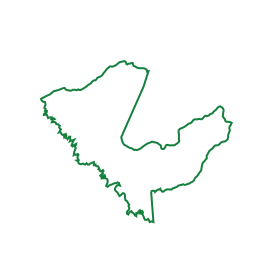 Juvenília, Minas Gerais, Brazil, rotated 215°
{"feature_id": "56859067B33554639840429", "entity_name": "Juvenília", "entity_type": "district", "adm_level": 2, "iso_a3": "BRA", "parent_name": "Brazil", "parent_adm1": "Minas Gerais", "projection": "equal_earth", "projection_center": [-44.1, -14.399], "detail": "fine", "context": "isolated", "style": "outline", "palette": "green", "viewbox_px": 256, "rotation_deg": 215, "n_neighbors": 0, "source": "geoboundaries", "source_scale": "gbopen_adm2", "svg_char_len": 5215}
<svg xmlns="http://www.w3.org/2000/svg" viewBox="0 0 256 256"><g transform="rotate(215 128 128)"><path d="M132.8,78.5L131.7,78.7L130.8,79.5L129.0,78.7L128.6,77.3L127.4,77.8L126.7,76.8L125.6,76.7L124.7,77.8L124.4,79.1L123.4,78.7L123.7,77.0L122.5,76.4L123.1,74.6L123.4,73.0L122.2,72.8L121.0,72.1L121.1,74.4L120.1,76.0L119.0,75.2L119.7,72.4L117.6,74.0L115.9,74.2L114.4,73.2L113.4,71.5L112.7,68.0L111.0,68.1L110.2,70.8L108.9,72.4L107.3,75.1L105.9,76.1L105.3,77.5L104.0,77.8L101.6,76.2L103.3,75.8L103.9,74.8L104.3,72.6L103.7,70.4L102.5,69.5L99.6,69.1L97.5,68.1L96.0,67.4L95.4,68.9L94.9,71.6L93.3,72.2L91.9,71.2L90.9,69.5L88.6,67.4L86.6,67.5L84.3,66.2L83.1,66.0L82.8,64.4L80.9,63.0L80.4,61.4L80.8,59.6L80.5,58.3L79.8,57.3L78.2,57.3L78.4,60.2L77.5,61.8L76.6,61.1L75.6,61.4L73.7,61.2L72.3,60.4L70.6,60.5L71.5,61.8L72.3,63.1L71.0,63.6L71.6,65.4L71.1,67.5L70.3,67.0L70.1,65.6L69.0,64.8L67.9,65.4L69.3,66.7L68.8,68.2L67.4,67.5L66.7,65.6L64.1,64.2L62.8,63.2L61.4,62.6L59.9,63.6L59.4,65.0L57.9,64.4L56.2,63.4L55.0,65.1L53.2,65.5L72.1,88.6L72.5,89.9L71.2,91.2L70.2,91.8L69.1,91.1L68.7,93.1L68.2,94.5L67.2,95.6L66.7,96.7L66.0,95.8L64.7,95.9L63.4,95.5L62.5,96.1L62.2,97.5L61.5,99.0L60.7,100.2L59.3,101.1L57.9,102.0L56.9,102.7L56.9,104.1L55.7,105.2L54.9,107.0L54.1,107.9L53.7,109.8L52.4,111.2L51.4,112.2L50.7,113.5L49.1,113.8L48.2,114.5L47.5,115.6L46.7,116.8L45.9,117.6L45.5,119.0L44.8,120.1L44.1,121.8L43.9,123.4L44.4,124.9L44.2,126.7L43.8,128.1L43.8,129.7L43.8,131.2L43.9,132.6L43.7,133.8L43.7,135.2L44.4,136.6L45.3,138.4L46.2,140.5L46.8,142.1L46.5,143.7L46.3,145.3L46.3,146.8L46.0,148.2L46.8,149.2L47.7,150.5L47.8,152.5L48.0,153.7L48.1,155.1L48.1,156.6L47.7,158.0L47.0,159.4L47.1,161.0L46.8,162.5L46.5,163.8L45.2,164.8L44.1,165.9L43.7,168.0L43.4,169.7L42.5,170.9L41.8,171.8L40.8,172.6L40.4,174.0L40.0,175.1L40.0,176.4L40.6,177.8L41.2,178.6L41.9,179.8L42.5,181.4L42.8,183.1L43.1,184.3L44.0,185.1L45.0,186.1L45.6,187.3L45.6,189.5L46.0,191.7L47.5,191.5L48.5,191.0L49.8,190.4L51.1,189.5L52.2,189.6L53.1,190.2L54.3,191.1L55.8,191.3L57.1,191.9L57.8,193.4L58.6,194.8L59.2,196.1L59.8,197.3L61.1,198.4L62.4,198.7L63.4,198.7L64.8,198.7L66.0,197.2L66.3,195.0L66.4,193.0L66.9,191.9L67.2,190.7L67.2,188.6L68.1,187.3L68.7,186.4L69.0,184.5L70.1,183.1L71.3,182.8L72.1,181.3L72.2,179.4L72.5,177.8L73.4,176.9L74.6,176.5L75.5,175.6L76.4,174.6L78.0,173.7L78.9,172.4L79.1,171.2L79.1,169.3L79.6,167.7L80.8,166.3L81.4,164.5L81.9,162.8L82.5,161.2L83.3,159.7L84.2,158.3L85.1,157.0L85.1,155.0L84.0,153.3L82.5,152.0L81.6,150.6L80.7,149.1L79.7,148.0L78.5,146.6L78.4,144.9L78.9,143.7L79.4,142.2L80.0,140.5L80.8,139.9L81.8,139.3L82.7,138.5L83.7,137.9L84.9,137.2L85.9,136.8L86.8,136.2L86.8,134.7L86.5,133.3L86.7,131.3L88.0,130.4L89.1,130.5L90.0,131.4L90.9,132.3L92.0,132.6L93.1,132.4L94.2,132.5L95.2,132.7L96.1,132.3L97.4,131.8L99.0,131.1L100.5,130.6L101.4,129.1L102.2,127.7L103.1,126.6L103.8,124.9L104.5,123.1L105.1,121.4L105.5,119.7L106.0,118.3L106.5,117.3L107.4,115.8L108.4,114.9L109.5,114.4L110.2,113.6L111.2,113.5L112.5,113.6L113.9,113.2L115.4,112.7L116.7,112.5L118.8,112.4L120.3,112.3L121.7,112.1L123.0,112.7L123.9,113.0L124.8,113.7L125.9,114.4L126.7,115.3L127.8,116.0L128.5,117.4L128.6,119.0L129.0,120.2L139.0,170.9L143.8,186.2L144.6,185.1L145.6,186.1L146.9,186.6L148.4,186.3L149.8,185.8L150.7,185.0L151.6,184.5L152.4,183.9L153.5,183.2L155.0,182.6L156.0,182.6L157.1,182.5L158.1,182.4L159.0,182.1L160.2,182.8L161.4,183.9L162.4,183.5L163.1,182.1L164.4,181.0L165.1,179.6L166.1,179.5L167.0,180.4L168.2,181.0L169.3,180.7L170.2,179.7L171.4,178.4L172.3,177.6L172.9,176.6L173.1,175.1L173.8,173.3L174.4,171.5L175.4,170.1L176.1,169.1L177.2,168.7L178.3,167.9L178.6,166.1L179.2,164.2L179.2,162.4L179.3,160.6L179.5,158.9L179.4,157.2L179.6,155.7L180.0,154.5L181.0,153.2L181.9,151.4L181.8,149.9L182.0,148.4L183.2,147.5L184.0,145.4L184.0,143.6L184.6,142.0L185.3,140.5L185.7,138.7L186.2,137.1L186.7,136.0L187.2,134.8L187.9,133.4L188.6,131.9L189.7,131.2L190.9,131.1L191.8,129.4L193.0,129.1L194.0,128.5L195.1,127.7L195.9,126.1L197.1,125.1L198.3,124.9L199.5,124.1L200.7,123.8L201.9,124.1L202.9,124.5L204.1,123.3L206.2,120.0L207.6,118.2L209.8,115.7L210.3,114.4L211.1,111.0L213.6,106.7L214.2,105.1L215.2,104.0L216.0,101.9L214.8,101.2L213.8,100.9L212.2,100.9L210.9,101.7L208.8,99.7L208.6,97.7L207.8,96.3L206.3,96.3L205.8,94.4L204.2,95.4L203.6,94.1L204.9,91.8L204.3,90.5L202.6,92.3L201.7,92.2L200.4,91.2L199.2,90.3L198.0,92.0L196.6,93.0L196.0,91.4L194.5,93.3L193.2,93.2L194.3,91.4L193.7,89.0L192.6,90.0L191.3,90.9L190.3,90.9L188.9,90.0L187.2,91.0L186.0,90.6L185.1,90.6L184.8,89.1L183.5,88.5L182.2,88.4L182.0,84.9L181.2,86.0L179.5,85.1L177.9,84.7L176.9,85.8L175.7,84.6L176.0,86.3L175.5,87.4L174.0,86.2L173.7,84.1L172.1,84.5L171.1,84.1L171.3,87.0L170.3,87.7L169.7,86.6L168.6,85.5L168.0,83.7L167.0,85.4L166.1,86.4L165.4,87.5L165.3,85.4L164.2,81.2L162.9,81.0L162.5,83.1L161.4,85.2L160.9,84.0L161.4,82.4L160.4,82.1L159.4,81.8L158.4,77.7L156.9,74.7L156.4,76.0L155.4,76.0L154.3,77.9L153.2,77.6L153.1,76.2L152.7,75.1L151.7,74.3L150.1,73.5L151.4,72.0L149.6,72.1L148.1,70.7L147.0,70.9L145.6,71.4L144.5,73.0L143.1,73.1L142.1,73.6L141.8,75.4L140.3,75.0L138.9,75.6L138.5,77.2L137.9,78.4L136.4,80.5L134.7,78.0L133.7,79.5L132.8,78.5Z" fill="none" stroke="#15803d" stroke-width="2"/></g></svg>